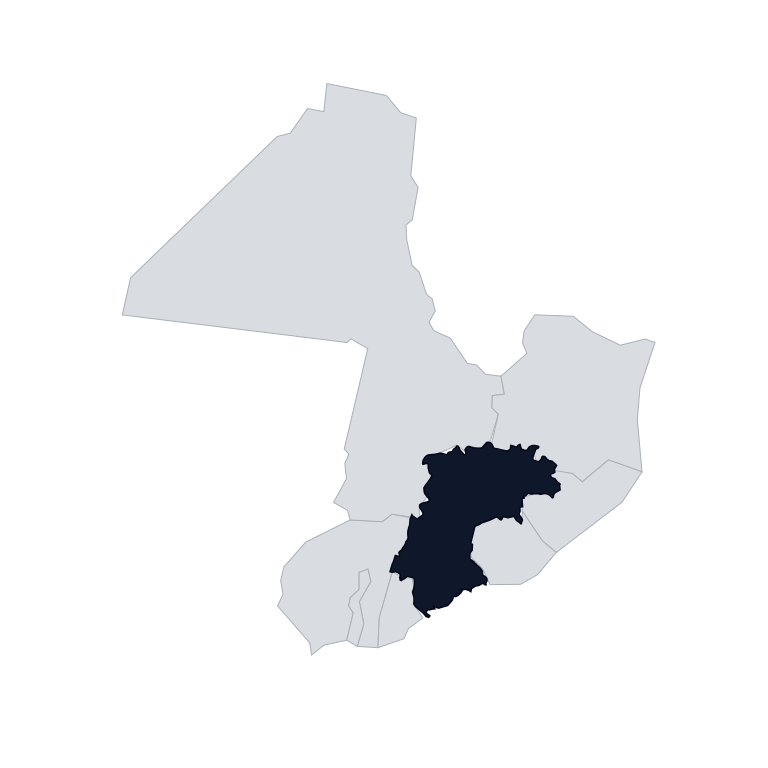 map of Guinea with Senegal, Mali, Ivory Coast and 4 others greyed out, rotated 284°
{"feature_id": "GIN", "entity_name": "Guinea", "entity_type": "country or territory", "adm_level": 0, "iso_a3": "GIN", "parent_name": "Africa", "parent_adm1": "", "projection": "albers", "projection_center": [-10.714, 9.945], "detail": "fine", "context": "with_neighbors", "style": "filled", "palette": "ink", "viewbox_px": 768, "rotation_deg": 284, "n_neighbors": 7, "source": "natural_earth", "source_scale": "50m", "svg_char_len": 6737}
<svg xmlns="http://www.w3.org/2000/svg" viewBox="0 0 768 768"><g transform="rotate(284 384 384)"><path d="M126.4,409.8L116.1,388.9L103.5,379.3L114.9,374.5L142.9,334.4L155.6,336.9L168.2,331.3L182.5,331.2L211.6,346.2L243.9,384.0L250.0,415.7L259.7,423.2L260.6,441.7L235.1,444.5L216.5,437.9L156.1,435.9L126.7,441.9L122.9,421.5L146.4,422.4L167.0,412.7L189.2,419.0L200.5,413.2L195.3,405.5L178.7,409.6L168.6,403.0L160.4,403.3L154.5,409.5L126.4,409.8Z" fill="#d9dde1" stroke="#a8b0b8" stroke-width="1"/><path d="M262.1,451.4L259.7,423.2L250.0,415.7L243.9,384.0L252.6,379.2L256.9,363.7L283.0,370.5L297.5,365.2L307.4,366.9L311.3,361.1L414.3,359.7L419.8,341.1L415.3,337.9L387.7,113.4L425.8,112.4L598.3,220.5L604.8,232.5L632.7,243.1L633.7,259.7L661.7,255.9L664.5,316.4L651.3,334.6L649.9,351.0L592.3,359.7L583.1,369.5L550.2,371.7L543.6,366.9L529.6,371.1L505.8,382.7L501.1,391.1L481.4,403.5L478.0,410.3L467.3,416.0L454.8,412.7L447.8,419.3L444.4,437.5L424.1,459.9L424.9,468.9L418.0,480.2L419.9,495.6L403.2,503.2L399.0,491.9L387.0,494.5L382.3,502.3L351.5,500.8L343.4,493.2L344.8,485.3L341.5,482.2L336.0,484.9L342.2,469.3L322.5,445.2L317.4,444.5L295.6,457.6L273.0,447.9L262.1,451.4Z" fill="#d9dde1" stroke="#a8b0b8" stroke-width="1"/><path d="M346.3,502.9L382.3,502.3L387.0,494.5L399.0,491.9L403.2,503.2L419.9,495.6L448.4,515.3L457.4,508.4L469.6,507.2L487.6,513.6L495.5,551.2L485.0,573.8L478.8,603.9L490.8,626.4L489.8,636.9L442.2,633.3L410.8,638.4L361.2,655.6L364.6,620.1L337.1,600.1L342.8,588.3L340.1,575.5L341.2,567.8L345.4,567.7L344.8,551.0L357.0,544.1L344.2,511.9L346.3,502.9Z" fill="#d9dde1" stroke="#a8b0b8" stroke-width="1"/><path d="M126.7,441.9L156.1,435.9L204.0,437.6L200.6,449.3L202.7,458.1L186.0,466.0L178.1,465.4L166.4,478.2L152.6,466.9L141.7,465.0L126.7,441.9Z" fill="#d9dde1" stroke="#a8b0b8" stroke-width="1"/><path d="M341.2,567.8L342.8,588.3L337.1,600.1L364.6,620.1L361.2,655.6L326.8,643.5L262.3,591.9L270.0,575.7L294.1,548.9L306.5,545.3L317.6,561.5L315.9,572.2L321.0,577.8L328.5,577.9L333.8,567.2L341.2,567.8Z" fill="#d9dde1" stroke="#a8b0b8" stroke-width="1"/><path d="M215.0,535.4L229.1,523.9L236.6,510.8L250.0,505.3L270.9,505.3L283.8,526.0L286.9,550.4L294.1,548.9L270.0,575.7L262.3,591.9L236.2,579.1L222.6,564.8L215.0,535.4Z" fill="#d9dde1" stroke="#a8b0b8" stroke-width="1"/><path d="M126.4,409.8L154.5,409.5L160.4,403.3L168.6,403.0L178.7,409.6L195.3,405.5L200.5,413.2L189.2,419.0L167.0,412.7L146.4,422.4L122.9,421.5L126.4,409.8Z" fill="#d9dde1" stroke="#a8b0b8" stroke-width="1"/><path d="M292.7,546.8L290.7,546.5L289.8,546.9L287.1,550.1L285.5,551.3L284.3,551.2L283.0,550.9L282.1,551.1L281.4,550.8L281.7,550.0L282.4,549.0L283.6,545.6L286.9,542.1L287.0,541.4L285.6,539.4L284.2,536.6L284.2,533.7L284.0,531.6L281.1,531.0L280.5,530.6L280.4,529.9L281.2,528.0L282.1,526.2L282.2,525.4L282.0,524.8L280.2,522.9L277.4,519.4L274.9,515.6L272.7,512.2L270.9,510.7L269.2,508.5L268.5,507.2L266.8,506.6L261.6,506.7L255.4,506.7L250.1,506.7L249.8,508.6L244.1,509.8L240.5,508.3L236.6,509.2L234.7,510.1L234.1,512.1L233.2,514.3L232.3,515.2L232.0,516.1L231.5,517.0L230.7,518.1L229.8,520.1L227.9,523.0L226.0,524.9L222.6,525.9L221.5,529.0L220.8,530.2L219.5,531.1L218.1,531.6L216.8,531.3L215.4,531.0L213.8,531.6L213.6,530.8L214.5,528.3L213.8,527.1L211.2,524.5L210.9,523.3L210.1,521.7L206.7,518.4L203.5,518.5L204.4,515.8L204.4,512.2L203.3,510.2L203.6,508.1L203.0,508.3L201.9,509.7L200.2,509.2L196.7,507.0L195.0,504.9L194.8,503.1L194.4,502.4L193.3,502.7L191.1,502.7L184.5,499.4L179.8,491.4L179.7,489.6L180.4,486.5L180.3,485.6L178.1,487.7L177.7,486.3L176.0,483.0L175.6,481.2L174.0,480.3L172.7,480.2L171.7,480.8L170.3,484.5L169.4,484.5L168.4,483.7L168.6,480.9L169.8,479.5L171.2,477.4L175.6,468.6L177.2,466.6L178.2,465.9L180.2,465.8L184.2,464.7L187.5,462.8L189.1,462.0L192.8,462.3L197.2,462.0L202.9,460.1L203.1,457.5L203.1,454.2L202.9,452.9L200.9,451.6L199.7,450.6L198.7,449.3L197.4,448.3L197.5,447.3L199.1,446.5L200.0,446.1L202.4,446.1L203.1,445.7L203.7,444.8L204.4,442.7L204.7,440.4L203.2,437.4L203.3,435.2L211.6,435.6L212.5,435.9L216.2,436.3L218.6,436.3L220.0,436.4L220.6,436.9L220.5,437.8L220.1,439.0L220.5,440.3L221.8,440.6L222.5,440.2L223.2,439.6L223.9,439.2L225.0,439.5L227.4,441.3L229.6,441.8L231.9,442.8L234.2,443.4L236.2,443.3L237.7,444.3L240.5,444.7L244.1,443.4L246.9,442.8L250.9,442.7L253.0,443.1L259.1,442.1L262.1,442.4L263.9,442.7L263.1,443.4L262.4,445.0L261.7,446.9L260.9,448.2L261.2,449.0L263.2,450.7L266.0,453.0L267.2,453.4L268.5,452.8L270.6,450.9L272.3,448.9L273.9,448.0L275.7,448.0L277.2,449.4L279.0,452.6L280.6,455.4L280.8,455.7L281.5,456.2L282.3,456.1L283.2,455.4L283.9,455.0L284.6,453.7L287.8,449.8L290.2,448.7L291.1,448.4L292.8,447.8L295.6,448.7L299.6,450.4L304.6,452.3L306.3,452.6L307.3,452.3L308.8,449.6L310.6,448.6L313.2,447.3L315.4,446.7L316.6,446.6L317.0,445.9L317.3,444.8L317.0,443.7L315.6,441.7L315.6,441.1L316.4,440.7L318.1,440.4L320.2,440.6L322.7,441.4L324.7,442.7L325.9,444.2L327.1,447.4L328.1,450.5L330.6,455.4L330.6,458.4L330.6,462.0L331.7,462.7L332.9,462.9L333.5,463.5L334.7,466.2L335.8,467.0L337.2,467.1L339.7,468.9L341.4,469.6L341.6,470.1L341.6,470.8L340.9,471.7L340.0,472.4L338.5,473.6L337.3,475.1L334.8,478.9L334.7,479.6L335.2,480.1L336.3,480.2L337.4,479.9L339.7,478.5L341.5,479.0L343.3,480.0L343.9,481.1L344.1,482.5L343.7,484.4L343.7,486.4L344.3,489.9L345.2,493.4L346.2,494.7L352.0,497.7L352.6,498.9L352.9,500.2L352.5,502.0L351.9,503.0L350.2,504.5L348.7,505.7L348.2,507.0L348.5,509.4L348.5,514.9L348.8,519.7L350.1,521.4L351.6,522.3L353.4,522.1L355.1,521.8L355.1,524.6L354.6,527.8L356.7,528.8L357.7,529.7L358.3,530.6L355.1,532.4L354.1,533.4L353.7,536.0L353.8,538.5L358.2,540.2L359.9,542.2L360.7,544.4L361.0,548.4L360.6,549.3L359.5,549.4L358.2,548.1L357.3,546.9L356.1,546.9L353.9,546.7L351.3,546.2L348.2,546.4L347.1,546.6L346.4,547.3L346.2,548.6L345.9,552.7L347.0,553.6L349.0,554.6L350.3,555.0L351.4,554.9L352.3,555.5L352.5,557.3L351.9,558.6L350.8,559.8L349.4,562.9L349.7,564.1L349.7,565.8L347.4,570.3L346.7,571.2L343.6,570.3L341.5,570.0L340.0,571.2L339.1,570.5L338.0,569.4L337.6,568.1L336.8,567.8L335.4,567.8L334.2,568.6L333.6,570.0L333.5,571.6L333.4,572.9L332.6,573.7L331.1,575.7L330.3,577.5L329.5,579.1L328.2,579.0L327.6,578.8L327.2,579.2L325.2,580.1L323.5,580.4L323.0,579.5L322.0,578.7L320.9,577.3L319.6,576.1L317.2,575.3L316.2,575.7L315.1,575.6L314.3,575.1L314.4,574.4L315.7,572.6L316.4,571.0L316.8,569.2L316.8,567.5L316.1,565.1L315.0,563.1L314.7,562.0L314.8,560.5L314.6,559.0L314.2,558.2L314.0,556.8L313.7,555.4L313.1,554.9L312.7,552.7L312.8,550.4L311.8,549.6L310.4,548.9L309.5,548.1L309.0,547.1L308.4,546.8L308.0,546.8L307.6,547.5L307.1,547.6L306.2,545.4L305.8,545.4L305.3,545.9L298.4,548.2L298.1,547.3L297.6,546.2L296.3,545.9L294.0,546.7L292.7,546.8Z" fill="#0f172a" stroke="#020617" stroke-width="1.5"/></g></svg>